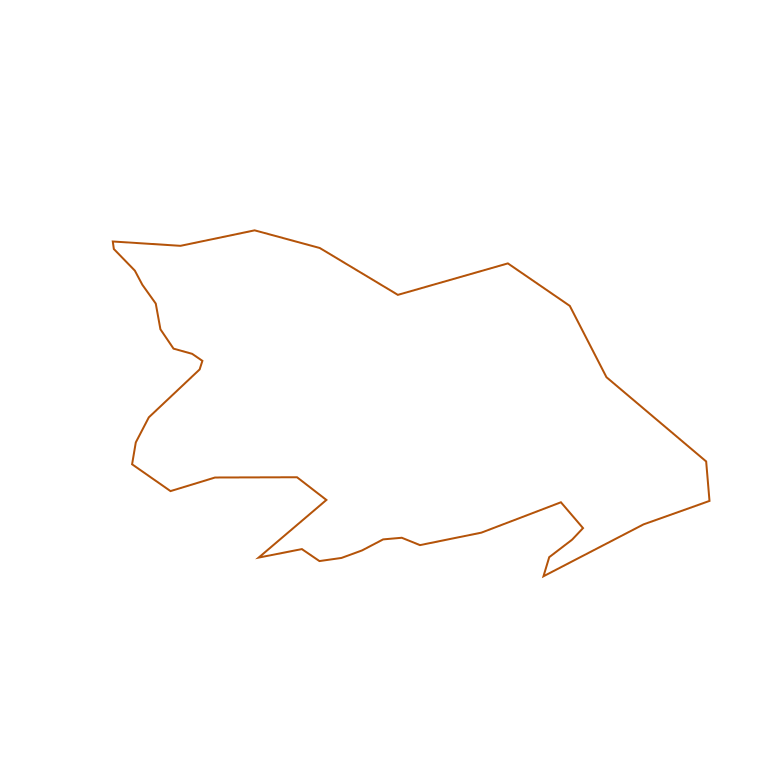 Vilanu, Equal Earth projection, rotated 336°
{"feature_id": "LVA-5753", "entity_name": "Vilanu", "entity_type": "Municipality", "adm_level": 1, "iso_a3": "LVA", "parent_name": "Latvia", "parent_adm1": "", "projection": "equal_earth", "projection_center": [26.851, 56.564], "detail": "fine", "context": "isolated", "style": "outline", "palette": "amber", "viewbox_px": 768, "rotation_deg": 336, "n_neighbors": 0, "source": "natural_earth", "source_scale": "10m", "svg_char_len": 670}
<svg xmlns="http://www.w3.org/2000/svg" viewBox="0 0 768 768"><g transform="rotate(336 384 384)"><path d="M296.2,527.1L274.4,525.6L253.0,519.5L241.8,501.4L198.9,491.6L284.2,466.5L266.6,433.8L191.6,400.7L145.4,395.0L121.2,354.9L133.5,336.4L155.6,318.8L221.5,295.7L227.5,289.0L221.0,278.4L206.1,266.1L202.0,243.1L208.2,217.7L203.6,195.1L202.5,179.1L192.1,150.8L194.2,143.5L254.3,175.0L328.3,191.0L380.6,233.6L432.9,308.2L546.2,324.2L585.5,388.2L590.0,468.3L646.8,585.8L633.8,623.2L564.0,617.8L451.5,624.5L464.5,609.4L492.6,602.7L507.2,596.6L497.5,564.0L412.5,559.4L351.3,545.8L337.7,531.7L320.0,525.6L296.2,527.1Z" fill="none" stroke="#b45309" stroke-width="2"/></g></svg>